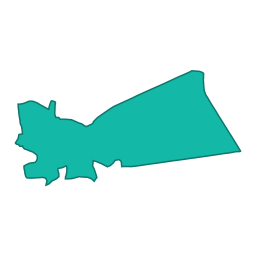 As-Sweida, As Suwayda', Syria (Robinson projection)
{"feature_id": "27442178B49241886307156", "entity_name": "As-Sweida", "entity_type": "district", "adm_level": 2, "iso_a3": "SYR", "parent_name": "Syria", "parent_adm1": "As Suwayda'", "projection": "robinson", "projection_center": [36.721, 32.771], "detail": "fine", "context": "isolated", "style": "filled", "palette": "teal", "viewbox_px": 256, "rotation_deg": 0, "n_neighbors": 0, "source": "geoboundaries", "source_scale": "gbopen_adm2", "svg_char_len": 3665}
<svg xmlns="http://www.w3.org/2000/svg" viewBox="0 0 256 256"><path d="M191.7,70.8L190.3,71.7L184.1,74.5L179.8,76.3L175.6,78.2L170.7,80.5L166.2,82.6L161.8,84.6L157.3,86.6L152.5,88.7L147.4,91.0L142.5,93.2L137.0,95.7L132.6,97.9L123.4,102.1L118.6,104.3L114.0,106.4L110.0,108.9L107.8,110.4L107.5,110.6L101.6,114.7L99.1,116.5L97.7,117.4L93.4,121.7L93.1,123.0L92.1,123.9L89.4,125.2L86.4,126.6L84.4,125.7L81.6,123.8L79.0,123.0L73.3,120.5L71.3,119.7L67.2,119.4L66.0,119.3L65.3,119.3L64.8,119.3L63.8,119.2L62.9,119.2L62.3,119.2L60.3,119.3L59.5,118.2L58.4,117.4L57.2,117.5L56.5,117.4L56.2,117.5L55.8,117.5L54.8,114.3L54.8,113.1L54.8,112.0L54.9,110.3L54.9,109.8L55.0,108.5L55.0,107.2L55.0,105.8L55.4,103.6L55.4,102.1L53.8,101.3L51.9,100.8L51.1,101.2L51.0,101.3L49.9,104.4L49.6,105.3L49.4,106.1L49.2,106.7L49.0,107.3L48.8,109.2L48.5,109.3L47.7,108.9L46.4,108.1L45.0,107.4L44.1,106.9L43.2,106.4L42.4,105.9L41.2,105.4L37.4,103.0L33.1,101.3L30.3,101.1L28.7,101.3L26.5,102.3L23.9,103.3L22.0,103.8L19.0,104.2L18.1,104.1L18.1,104.3L18.1,104.5L18.1,104.8L18.2,105.1L18.2,105.4L18.2,105.7L18.2,106.0L18.2,106.3L18.2,106.6L18.3,107.0L18.3,107.7L18.5,109.5L18.6,110.6L18.7,111.2L18.8,111.9L18.8,112.2L18.8,112.5L18.9,113.2L19.0,114.4L19.4,116.7L19.4,117.3L19.6,118.1L19.7,118.9L20.2,122.4L20.4,124.1L21.0,125.3L21.1,125.6L21.3,125.8L21.4,126.0L21.5,126.2L21.5,126.3L21.6,126.5L22.1,130.0L22.5,133.8L22.2,134.2L21.3,134.1L20.4,134.2L18.9,134.6L18.7,135.6L18.5,136.8L18.3,137.7L18.1,138.5L16.5,141.2L15.9,142.1L15.4,143.0L15.8,143.5L16.0,143.8L17.0,144.3L18.3,144.5L19.9,146.3L20.9,146.2L22.1,146.2L22.5,146.0L23.0,147.4L23.3,147.7L23.4,147.8L23.5,147.9L23.6,148.0L23.8,148.3L24.0,148.5L24.5,149.0L26.4,149.5L28.1,150.2L29.9,151.0L32.6,151.9L35.4,153.8L37.1,155.5L37.3,157.6L37.1,159.4L36.1,161.5L34.8,162.5L30.5,163.0L28.6,163.6L24.0,165.9L24.0,168.1L24.9,172.2L24.9,172.7L24.9,172.8L25.0,173.7L25.7,176.1L26.6,177.7L28.5,178.0L31.8,178.1L36.7,177.8L37.0,177.7L38.6,177.7L40.1,177.6L42.7,177.4L45.5,178.1L47.0,180.6L46.0,185.2L46.8,184.9L49.0,183.8L50.8,182.2L51.8,181.3L52.7,180.5L54.9,179.7L56.7,178.6L58.1,177.3L58.9,176.7L58.8,173.5L58.2,171.4L57.8,170.0L58.0,168.5L62.2,167.7L66.3,165.9L66.8,166.8L66.9,170.2L66.7,172.1L66.1,175.3L65.5,176.8L65.4,178.9L68.3,178.8L71.9,178.6L75.4,177.7L75.5,177.6L76.4,177.4L76.5,177.4L77.3,177.1L77.8,177.0L79.2,176.6L80.4,176.8L82.4,177.0L83.2,177.0L84.0,177.1L84.3,177.1L86.1,177.2L87.5,177.2L91.5,178.8L94.2,181.3L96.1,178.4L96.3,178.1L96.7,177.4L96.8,177.4L96.2,175.2L95.6,173.3L94.2,169.1L93.4,167.4L92.9,166.7L92.6,165.8L92.6,165.6L92.8,164.7L93.0,162.8L93.2,161.1L93.2,160.6L95.8,161.4L97.0,161.8L98.6,162.5L101.3,163.6L104.7,165.4L107.5,166.8L109.7,165.8L110.4,165.5L113.0,163.2L115.2,160.3L117.5,159.9L118.9,159.6L119.7,160.1L120.6,160.7L121.3,162.2L121.4,162.4L121.7,166.6L123.8,166.5L126.3,166.5L127.1,166.5L131.3,166.6L137.4,165.9L142.4,165.2L146.7,164.5L152.5,163.7L157.8,163.0L162.5,162.3L166.1,161.8L168.0,161.5L169.7,161.3L172.7,160.8L178.4,160.1L184.1,159.3L185.6,159.1L189.4,158.5L194.1,157.9L194.9,157.8L200.3,157.0L206.1,156.2L210.2,155.6L211.2,155.5L212.1,155.3L217.0,154.6L223.3,153.6L229.4,152.9L235.7,151.7L238.6,151.6L239.5,151.6L240.5,151.2L239.8,149.8L238.5,147.8L238.4,147.5L236.6,144.6L233.2,139.1L232.1,137.3L230.8,135.2L229.7,133.6L227.1,129.3L223.5,123.6L220.7,119.1L219.0,116.5L215.8,111.1L212.3,105.6L209.8,101.5L208.1,98.5L205.8,94.9L204.7,92.0L204.1,90.0L204.0,88.3L203.7,86.0L203.7,84.9L203.4,80.8L203.4,80.2L203.4,79.0L203.5,77.9L203.5,75.9L203.6,73.3L202.0,72.3L199.6,71.4L197.3,71.2L196.8,71.1L195.9,71.1L192.7,70.9L192.1,70.9L191.8,70.8L191.7,70.8Z" fill="#14b8a6" stroke="#0f766e" stroke-width="1.5"/></svg>